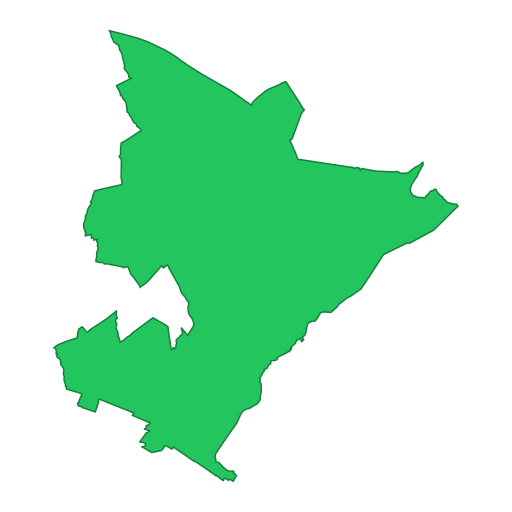 outline of Acajete, Puebla, Mexico
{"feature_id": "50627088B33584621576624", "entity_name": "Acajete", "entity_type": "district", "adm_level": 2, "iso_a3": "MEX", "parent_name": "Mexico", "parent_adm1": "Puebla", "projection": "orthographic", "projection_center": [-97.961, 19.1], "detail": "fine", "context": "isolated", "style": "filled", "palette": "green", "viewbox_px": 512, "rotation_deg": 0, "n_neighbors": 0, "source": "geoboundaries", "source_scale": "gbopen_adm2", "svg_char_len": 5973}
<svg xmlns="http://www.w3.org/2000/svg" viewBox="0 0 512 512"><path d="M223.3,480.6L223.6,480.1L223.4,479.4L224.9,478.2L228.6,480.4L229.3,479.1L229.7,479.1L233.2,481.3L236.2,476.2L236.1,475.5L235.8,474.6L233.3,472.8L233.9,471.8L233.3,471.2L232.4,471.0L230.7,471.2L229.1,471.1L227.5,470.6L223.3,467.3L218.6,462.2L216.2,462.2L215.9,462.0L215.8,459.2L215.2,457.9L215.1,456.9L215.5,454.0L228.6,434.5L236.7,423.2L240.9,414.0L242.3,412.0L243.5,410.8L246.3,409.0L249.0,408.5L250.6,407.7L254.7,405.1L255.9,404.6L258.1,402.8L259.7,400.5L260.3,399.4L260.1,397.6L261.4,390.7L261.2,389.3L261.3,388.2L261.0,387.1L261.3,385.4L260.8,383.9L260.8,382.9L259.5,381.8L260.2,380.4L259.9,378.3L262.1,374.4L262.5,373.0L264.1,371.4L264.3,369.1L265.8,369.0L267.4,367.9L268.6,364.9L270.5,364.0L271.0,360.8L272.3,360.5L273.6,360.6L274.9,360.4L276.6,359.8L277.1,359.3L277.5,358.1L277.3,357.3L286.1,353.1L288.3,351.8L288.4,351.3L289.7,351.5L289.8,350.3L291.3,349.5L291.4,349.0L290.3,348.5L290.9,347.3L291.4,347.7L291.9,346.5L292.7,345.7L295.4,343.4L295.9,341.8L296.6,340.5L300.1,338.6L301.7,341.6L303.7,339.8L302.3,337.4L304.7,335.2L305.7,333.1L307.3,324.8L308.0,323.5L310.0,322.0L310.6,322.0L311.8,321.1L314.0,321.4L314.9,321.1L316.8,319.1L320.6,312.6L323.3,312.0L326.8,312.1L330.8,312.5L336.5,307.5L339.0,304.2L344.5,300.0L346.5,298.2L350.3,296.4L360.9,289.1L367.0,280.0L383.5,254.6L407.1,243.0L409.4,243.3L433.6,230.2L458.0,206.1L457.1,204.6L456.4,204.2L451.7,203.8L449.6,202.9L448.2,202.8L446.4,201.6L444.2,199.2L443.1,198.8L443.0,197.6L442.6,196.9L440.6,195.6L438.5,193.5L437.2,191.9L435.9,189.3L434.2,189.3L433.0,190.8L431.2,190.7L429.9,191.8L428.6,193.7L426.5,195.5L424.9,197.8L417.0,197.2L415.2,196.2L412.6,195.2L410.6,191.7L410.4,188.5L411.2,185.4L415.6,178.3L417.1,176.7L418.4,173.0L423.1,164.8L422.9,162.4L422.1,162.6L419.8,165.1L414.8,167.5L410.8,170.5L408.6,172.6L405.7,173.2L401.4,173.3L400.8,173.3L399.4,172.4L396.2,171.3L395.7,172.0L375.8,171.1L361.6,168.5L360.3,170.2L359.1,168.1L357.8,167.5L353.7,168.2L352.6,167.3L352.4,167.5L297.7,159.2L295.5,152.9L289.8,140.0L292.0,139.1L301.4,113.6L304.3,109.8L301.6,106.4L299.8,103.0L286.0,81.8L284.8,81.8L282.4,82.9L280.6,83.7L280.6,84.1L268.6,89.2L265.2,91.3L257.0,98.0L254.6,100.4L252.5,102.6L251.4,105.2L230.5,90.5L202.2,74.4L186.3,64.3L184.8,62.9L182.1,61.4L177.0,57.5L172.7,54.6L165.7,50.4L148.5,42.1L138.5,38.4L122.2,33.9L109.4,30.7L111.2,34.7L111.4,37.3L112.3,38.0L113.7,41.7L114.5,42.6L116.9,44.1L118.4,45.3L119.3,47.4L119.5,49.7L121.1,52.2L122.3,54.9L122.7,57.9L124.1,63.2L124.5,65.3L124.3,68.7L124.9,69.4L125.2,70.3L125.9,70.5L128.6,74.5L128.8,77.1L129.5,77.6L131.4,78.2L116.6,85.6L117.2,87.4L118.1,88.9L118.9,89.7L118.7,90.4L120.0,91.6L119.8,93.2L120.6,93.7L120.4,95.7L121.8,95.7L122.4,96.3L122.4,97.8L122.8,98.5L124.0,98.9L123.9,99.9L125.1,100.7L125.4,101.8L126.2,102.8L126.3,104.9L126.7,105.6L126.6,107.1L127.0,107.8L126.8,109.1L127.3,109.4L127.0,111.9L128.2,112.6L128.8,113.4L129.9,115.9L131.6,118.0L132.4,120.1L133.8,122.4L134.2,122.9L136.3,124.1L136.8,126.1L139.7,128.5L140.2,128.7L141.2,130.4L124.4,141.4L121.3,142.8L120.6,147.6L120.5,154.7L119.1,156.5L121.4,159.6L121.1,177.6L122.0,182.0L121.7,182.4L122.3,183.7L122.2,184.5L99.4,189.6L94.4,191.1L94.4,191.7L93.7,193.6L92.8,195.3L92.2,199.4L91.0,201.1L90.6,202.3L91.4,203.2L87.9,208.8L87.9,209.9L87.2,211.1L87.2,212.1L86.5,214.4L85.2,216.2L85.6,217.8L85.4,219.0L83.5,224.3L83.9,226.0L83.6,227.1L83.7,227.7L84.1,228.7L85.0,229.5L84.9,231.3L85.6,232.2L85.3,235.8L91.3,234.6L91.5,238.1L93.6,237.9L93.9,239.4L93.8,240.0L97.2,239.5L96.8,240.1L96.6,241.2L97.3,241.5L97.1,242.1L97.8,243.7L97.3,245.4L97.6,245.9L97.6,246.5L98.1,247.3L98.1,249.2L96.7,252.3L96.6,256.6L95.9,260.6L96.0,261.5L100.5,262.7L102.5,262.4L104.1,263.3L104.3,264.0L106.6,263.8L108.9,264.1L111.1,264.6L111.6,265.0L113.0,264.9L122.2,266.9L123.2,267.3L123.4,267.7L127.9,266.6L130.9,274.3L133.4,277.1L139.4,285.4L140.0,286.5L140.0,287.2L145.0,283.8L148.1,281.1L161.7,265.7L163.3,267.9L167.4,265.0L169.4,267.5L168.9,268.1L179.3,286.4L180.8,291.2L181.9,293.4L184.7,296.7L185.9,298.3L186.6,300.0L188.8,302.7L188.6,304.8L188.0,307.0L188.3,311.5L188.7,313.4L189.8,315.6L192.7,319.6L193.7,323.1L193.9,325.3L188.7,333.6L187.9,335.6L181.1,327.6L182.5,332.3L182.4,333.6L182.1,334.4L181.9,334.8L180.2,335.7L178.9,337.9L177.9,338.1L176.2,340.0L176.1,340.6L176.6,343.1L176.0,345.1L175.8,348.1L175.5,348.5L174.7,348.5L173.9,347.6L173.3,347.6L173.0,348.7L172.1,349.7L171.7,349.5L171.1,348.5L170.6,346.0L170.1,341.1L169.4,337.8L167.9,326.6L164.9,324.6L152.9,317.8L132.0,333.2L130.0,335.5L127.0,337.2L123.7,340.2L120.2,342.3L119.8,340.2L119.4,339.7L118.9,338.3L119.1,337.5L117.9,336.3L118.3,335.1L117.7,331.9L115.8,327.5L116.8,325.1L116.5,324.1L116.7,323.3L115.8,322.4L115.6,319.6L115.9,319.0L116.3,318.7L116.8,318.8L117.2,318.3L117.2,317.4L116.6,316.4L116.0,314.6L116.4,313.9L116.4,311.1L105.9,319.3L89.3,330.2L89.6,330.7L87.0,332.4L82.3,326.8L78.9,328.9L79.1,329.4L78.0,331.3L77.1,337.9L67.4,341.0L59.0,344.3L57.0,345.4L54.0,347.7L55.2,347.9L56.4,351.1L56.1,353.8L56.8,353.7L57.5,354.1L57.6,354.5L56.7,355.6L56.8,356.1L57.2,356.6L57.4,357.5L57.8,357.5L58.2,358.2L59.0,358.5L60.1,359.5L60.6,362.1L60.6,364.3L63.4,368.1L63.9,370.7L63.3,374.4L64.2,375.8L64.2,377.6L64.0,378.7L64.1,379.9L64.6,382.1L65.6,384.8L65.4,386.3L66.2,386.7L66.5,389.1L81.6,393.6L81.7,394.4L78.2,403.1L77.8,403.1L77.5,404.2L78.6,406.1L79.7,406.2L82.4,407.2L82.4,407.6L95.2,411.9L96.9,407.5L97.5,404.9L98.2,403.7L98.6,402.0L98.4,401.0L99.3,399.1L133.9,413.0L132.5,415.4L147.9,422.0L150.0,422.6L148.6,425.0L148.1,425.2L147.3,425.1L146.3,425.8L146.0,427.9L145.5,428.6L143.9,428.8L149.6,430.9L147.2,432.8L146.3,432.9L139.8,441.9L144.0,442.7L145.5,443.7L145.4,445.0L145.0,445.9L142.1,446.9L151.7,452.5L158.3,451.2L159.0,450.5L160.0,451.0L161.2,450.6L162.6,449.4L165.1,445.3L172.0,449.1L173.4,447.1L188.1,457.1L193.0,460.7L196.2,462.1L206.4,468.9L215.9,475.8L216.2,475.5L219.8,477.8L219.8,478.3L223.3,480.6Z" fill="#22c55e" stroke="#15803d" stroke-width="1.5"/></svg>